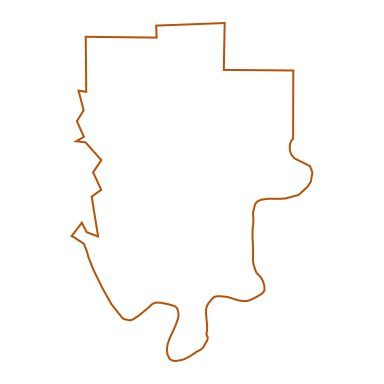 Perry, Indiana, United States of America (Mercator projection)
{"feature_id": "52423323B11112543389070", "entity_name": "Perry", "entity_type": "district", "adm_level": 2, "iso_a3": "USA", "parent_name": "United States of America", "parent_adm1": "Indiana", "projection": "mercator", "projection_center": [-86.618, 38.054], "detail": "fine", "context": "isolated", "style": "outline", "palette": "amber", "viewbox_px": 384, "rotation_deg": 0, "n_neighbors": 0, "source": "geoboundaries", "source_scale": "gbopen_adm2", "svg_char_len": 1501}
<svg xmlns="http://www.w3.org/2000/svg" viewBox="0 0 384 384"><path d="M293.1,138.7L293.3,74.7L293.4,70.5L223.8,69.9L224.7,23.0L156.2,25.6L156.6,37.6L85.7,36.8L86.1,71.8L86.2,91.8L78.6,90.7L83.6,110.3L76.9,121.2L83.9,136.8L76.3,141.3L85.5,142.3L101.3,160.1L93.1,172.3L101.2,189.8L91.7,196.6L98.1,236.5L86.7,232.2L81.9,222.7L71.6,236.1L74.0,237.3L83.9,243.8L86.7,250.9L88.3,256.7L93.3,269.6L102.7,288.7L111.5,304.3L121.7,317.2L123.7,319.0L129.5,320.3L131.9,319.9L133.3,319.2L138.5,315.8L148.4,307.7L152.2,304.1L155.4,302.6L160.3,302.7L167.9,304.1L174.7,306.1L176.6,307.7L177.5,309.3L178.4,312.6L178.5,315.9L178.0,318.6L175.5,325.6L169.5,338.8L167.7,344.0L166.9,348.6L167.4,354.4L169.6,358.8L171.4,360.1L173.2,360.8L176.0,361.0L182.1,359.9L184.6,359.0L189.9,356.3L196.5,351.9L200.3,349.9L203.1,347.6L207.2,340.4L207.7,338.2L207.6,337.1L206.4,334.5L207.1,330.0L207.2,326.8L206.0,313.5L206.1,309.1L207.0,305.8L208.5,303.2L213.2,297.7L214.5,296.8L218.4,296.1L227.2,296.9L238.3,300.3L243.2,301.1L247.3,301.0L251.0,299.7L256.6,296.9L261.8,293.8L263.8,291.6L264.5,290.1L264.3,285.6L262.8,280.8L260.8,277.2L257.0,273.4L255.8,271.3L253.7,265.1L252.9,260.3L253.1,249.5L252.5,236.4L252.6,229.4L253.2,224.8L253.4,220.3L253.0,212.9L255.0,204.6L256.5,202.3L257.8,201.2L261.3,199.7L268.6,198.7L274.4,198.8L280.9,198.8L286.3,198.3L298.6,194.9L307.3,187.0L310.8,181.7L312.4,172.5L310.0,166.1L294.5,158.4L291.3,154.6L289.8,150.2L289.9,144.1L291.7,140.2L293.1,138.7Z" fill="none" stroke="#b45309" stroke-width="2"/></svg>